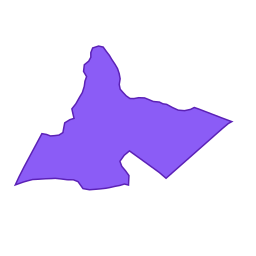 outline of Pinheiral, Rio de Janeiro, Brazil, rotated 10°
{"feature_id": "56859067B78654716742693", "entity_name": "Pinheiral", "entity_type": "district", "adm_level": 2, "iso_a3": "BRA", "parent_name": "Brazil", "parent_adm1": "Rio de Janeiro", "projection": "albers", "projection_center": [-44.007, -22.538], "detail": "fine", "context": "isolated", "style": "filled", "palette": "violet", "viewbox_px": 256, "rotation_deg": 10, "n_neighbors": 0, "source": "geoboundaries", "source_scale": "gbopen_adm2", "svg_char_len": 1159}
<svg xmlns="http://www.w3.org/2000/svg" viewBox="0 0 256 256"><g transform="rotate(10 128 128)"><path d="M74.0,73.3L74.4,80.0L78.3,84.6L77.5,89.3L77.7,94.6L76.9,101.0L74.8,106.5L72.5,113.1L69.4,118.9L71.2,123.3L73.2,127.9L69.3,129.9L64.8,133.9L64.7,139.6L64.7,143.8L61.2,147.0L56.9,148.3L53.0,149.3L48.9,148.5L44.2,148.5L32.3,184.7L29.2,194.9L26.9,203.6L34.5,199.3L38.4,197.4L43.0,195.3L48.6,194.0L55.6,192.3L61.3,191.1L65.1,190.2L70.7,189.8L77.2,189.5L83.2,188.5L88.1,189.5L94.2,195.5L100.8,195.5L106.6,194.0L110.8,192.9L116.3,191.3L119.9,190.0L125.6,187.6L129.9,186.0L134.2,183.8L138.4,184.1L137.2,174.7L133.0,170.6L128.5,166.8L125.8,162.2L129.0,155.5L133.4,150.3L166.2,166.2L174.2,170.9L220.9,112.3L226.0,106.2L229.1,103.7L218.2,101.7L194.2,97.0L189.7,96.3L186.4,98.8L180.7,101.1L174.4,101.7L168.2,100.1L162.0,98.0L158.1,98.1L154.4,97.0L148.3,97.5L143.0,96.3L139.1,95.5L133.3,96.3L128.7,98.0L124.8,98.6L120.5,96.6L116.7,93.7L113.6,91.2L111.8,86.7L111.7,80.9L109.9,76.0L107.4,71.4L104.3,67.7L100.0,63.2L97.1,59.8L93.4,56.4L89.5,52.6L84.8,52.4L79.3,55.3L78.3,60.2L79.1,64.8L77.7,69.0L74.0,73.3Z" fill="#8b5cf6" stroke="#5b21b6" stroke-width="1.5"/></g></svg>